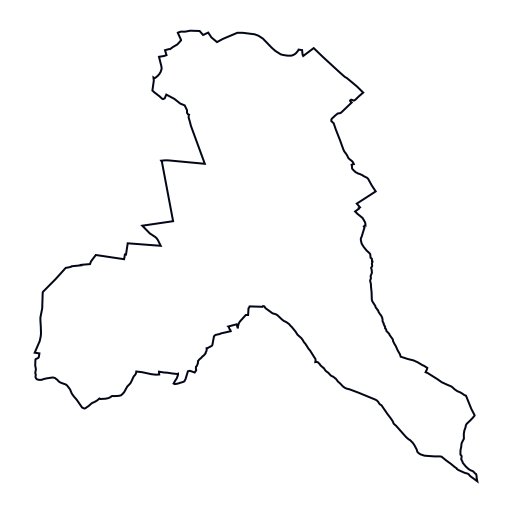 outline of Orastie, Hunedoara, Romania
{"feature_id": "2599482B74891814729027", "entity_name": "Orastie", "entity_type": "district", "adm_level": 2, "iso_a3": "ROU", "parent_name": "Romania", "parent_adm1": "Hunedoara", "projection": "equal_earth", "projection_center": [23.219, 45.843], "detail": "fine", "context": "isolated", "style": "outline", "palette": "ink", "viewbox_px": 512, "rotation_deg": 0, "n_neighbors": 0, "source": "geoboundaries", "source_scale": "gbopen_adm2", "svg_char_len": 5994}
<svg xmlns="http://www.w3.org/2000/svg" viewBox="0 0 512 512"><path d="M84.3,408.5L85.2,408.3L88.5,406.1L91.9,403.1L94.5,402.0L97.4,400.3L99.4,398.5L100.2,399.0L105.7,398.7L108.4,398.1L110.6,397.1L111.4,396.3L112.2,396.0L114.1,396.1L118.4,395.9L120.8,395.4L122.1,394.4L123.6,392.8L124.2,392.1L127.2,386.6L130.3,383.4L131.5,381.2L133.7,376.4L135.1,374.9L135.6,374.1L136.1,372.8L136.3,371.5L142.2,372.2L151.4,374.2L156.1,374.7L159.2,374.5L159.0,371.7L164.0,372.5L167.4,372.7L172.4,373.5L177.2,374.0L178.0,373.7L178.0,374.9L176.7,378.5L175.4,380.3L173.6,383.5L174.7,384.1L177.4,383.7L183.5,381.8L184.4,381.2L185.5,379.2L187.9,371.3L189.9,370.8L194.7,372.5L195.4,371.5L196.2,370.2L195.9,368.3L196.0,366.8L196.9,365.8L197.9,363.2L198.0,361.1L199.4,359.4L201.4,357.7L202.3,356.6L203.8,355.4L205.6,353.4L205.6,352.6L206.4,351.1L206.7,349.8L206.6,348.2L207.4,348.1L208.3,347.7L211.7,345.9L212.2,345.3L212.4,344.8L214.0,336.3L214.9,335.4L215.6,334.9L219.9,334.0L220.6,333.5L230.7,331.2L230.3,330.0L229.7,329.3L228.7,326.9L228.3,326.5L236.6,324.3L237.6,327.6L237.9,327.6L238.0,326.2L238.9,323.1L240.1,321.3L245.8,315.0L248.1,315.0L248.5,308.3L249.1,307.7L249.6,306.4L262.5,306.8L263.0,306.1L264.4,306.4L265.3,307.9L265.8,308.4L272.5,313.3L275.7,314.2L277.3,315.1L282.2,319.7L283.8,320.9L286.3,322.1L289.0,324.0L290.8,326.1L291.9,327.1L295.6,331.7L297.5,334.7L301.3,338.1L303.0,340.4L303.6,341.7L305.6,344.1L308.7,349.0L310.0,350.4L314.1,357.0L315.3,358.7L315.6,360.3L315.3,362.1L316.9,361.9L317.9,362.3L319.8,364.2L320.4,365.3L323.4,367.9L323.7,368.0L325.4,370.5L326.2,371.3L328.2,372.7L330.5,375.2L331.5,376.0L333.2,376.7L336.2,379.1L337.8,381.4L340.3,383.6L343.0,386.5L345.0,387.9L346.6,388.6L349.5,389.3L358.3,392.6L375.3,399.6L376.6,400.3L378.0,401.6L379.4,403.8L380.3,404.6L381.5,405.3L387.3,413.8L390.8,418.4L392.2,420.5L393.1,422.0L393.4,423.1L394.0,424.0L396.1,425.8L406.0,437.0L408.6,439.3L410.2,440.2L413.0,443.1L414.4,445.2L416.6,449.3L417.4,451.9L419.1,453.5L420.6,454.4L424.6,455.7L434.3,456.4L439.9,456.4L441.6,456.7L446.0,460.3L450.7,463.7L454.8,467.1L456.6,468.3L456.9,469.0L458.6,470.1L464.8,472.9L467.5,473.6L468.6,474.2L470.2,476.1L477.3,481.3L476.6,477.6L476.6,476.3L476.3,474.7L476.0,474.0L474.9,473.3L474.0,472.2L472.7,471.1L470.6,470.3L468.6,469.1L465.8,466.5L463.4,463.6L462.8,462.8L462.3,461.3L461.3,459.4L461.2,458.9L461.5,458.0L461.6,456.6L461.4,455.6L460.5,454.7L460.4,454.0L460.5,450.1L461.2,446.9L461.5,443.7L462.1,442.2L463.9,438.7L463.8,434.0L464.3,430.7L465.5,427.4L465.9,425.2L466.7,423.8L469.9,420.8L472.7,417.9L474.5,415.7L474.6,415.2L471.4,409.1L466.0,395.7L464.4,395.1L461.7,393.2L460.3,392.4L457.4,391.2L454.7,389.4L452.2,387.1L451.2,386.4L447.1,384.7L441.7,382.2L437.6,379.3L427.6,373.0L425.6,372.2L426.9,369.4L427.3,367.9L424.0,365.8L422.3,365.1L417.9,362.4L413.5,360.4L407.8,359.0L400.7,356.7L399.9,354.2L397.7,350.4L395.8,346.1L394.5,344.0L393.1,341.2L392.8,339.4L389.7,335.1L389.3,334.0L386.4,330.9L386.0,329.2L385.1,328.3L385.1,326.7L384.7,326.3L384.3,325.2L383.8,324.7L383.7,323.3L382.9,322.0L382.6,321.3L382.5,319.1L382.1,317.5L381.2,315.7L379.7,313.7L378.5,311.8L378.0,310.2L377.3,309.7L376.7,308.5L375.8,307.7L375.2,305.8L372.3,301.3L371.8,299.4L371.6,292.6L371.0,286.7L370.9,284.0L370.1,280.7L370.4,279.6L370.9,278.6L370.9,278.0L370.6,276.2L371.9,272.8L371.7,269.8L371.2,268.4L371.1,267.8L372.0,266.5L372.2,265.9L371.9,263.8L372.0,263.0L372.5,261.9L372.5,261.4L372.0,261.2L371.9,259.0L371.7,258.5L370.6,257.8L370.2,254.1L369.8,253.5L366.4,250.3L363.6,246.8L361.6,243.5L360.9,240.3L360.8,239.1L361.0,238.0L361.5,237.2L363.5,230.6L364.5,227.6L363.8,226.5L364.8,225.5L365.5,225.6L365.3,223.2L364.9,222.0L362.6,218.0L357.5,213.9L355.1,211.5L358.9,208.7L358.7,208.2L360.0,207.4L356.8,203.6L375.7,191.4L371.8,185.5L368.1,178.8L367.2,177.9L363.1,175.8L362.6,175.3L360.0,174.1L357.8,173.4L356.6,172.6L355.7,172.3L352.6,169.3L352.1,168.4L351.9,165.8L351.6,164.8L352.6,164.3L353.8,164.1L353.4,163.1L352.5,161.6L351.4,160.6L349.8,159.4L348.4,158.1L347.0,155.2L345.7,153.3L344.2,151.3L343.3,149.3L339.9,139.9L335.8,129.5L333.7,123.3L331.4,121.2L331.3,120.5L331.4,119.5L331.9,118.6L335.6,115.2L337.7,113.5L339.7,113.2L340.6,113.0L342.2,111.6L351.7,102.5L350.6,101.6L350.2,101.0L350.1,100.5L351.0,99.8L351.5,99.7L353.8,100.6L354.3,100.4L355.4,99.7L359.1,96.1L363.2,92.6L357.0,86.5L346.8,78.0L344.8,76.9L339.6,72.3L323.8,57.8L313.7,48.1L303.2,56.0L302.8,55.3L302.4,53.3L302.1,50.1L298.6,49.6L297.9,50.9L296.0,53.2L294.7,54.2L293.2,55.0L291.6,55.6L289.4,55.7L287.1,55.6L283.3,55.0L280.8,54.4L275.3,50.9L271.7,47.7L262.9,38.6L258.4,35.7L254.7,34.3L242.7,32.8L237.3,32.8L222.9,38.9L217.0,42.1L211.4,37.4L208.2,32.6L203.1,35.0L199.6,31.0L190.2,30.7L184.9,31.7L181.2,31.6L178.7,32.3L177.8,32.8L181.0,39.8L181.0,40.4L177.4,44.4L172.8,47.1L170.1,49.1L168.9,49.1L165.0,50.2L166.5,55.1L164.1,56.0L159.0,56.8L161.5,66.8L161.6,69.0L160.6,72.0L159.3,74.1L157.7,75.9L155.5,77.7L154.5,78.2L153.5,77.5L153.8,80.7L152.4,90.5L154.4,92.4L159.5,96.3L162.1,98.7L163.1,99.1L164.7,98.3L166.3,94.6L174.4,98.9L180.3,103.6L184.7,105.4L187.0,110.2L187.0,112.7L187.8,114.1L189.0,114.7L188.8,115.1L188.6,117.4L190.0,122.2L190.9,125.8L204.8,163.8L168.6,160.4L165.5,160.3L161.2,160.7L161.9,161.8L173.1,221.2L142.3,225.7L149.8,233.4L155.4,237.1L156.5,238.1L157.8,239.9L160.7,245.8L127.7,243.3L126.0,254.6L124.9,254.5L124.1,259.2L95.8,255.0L91.0,261.4L90.0,264.1L81.5,264.8L81.0,264.9L81.2,265.3L71.5,266.3L71.0,266.8L69.5,267.2L65.7,267.9L55.5,279.2L43.0,291.8L42.7,292.6L42.2,308.4L40.4,317.5L40.4,320.3L40.8,326.7L41.0,333.6L40.7,336.5L39.7,341.1L34.7,352.7L39.4,353.4L38.8,357.1L38.3,357.9L35.7,359.1L35.5,359.4L35.4,360.1L35.2,365.4L35.9,369.1L35.3,372.7L35.4,373.7L35.8,374.5L35.5,376.7L35.6,377.4L36.2,378.6L37.2,379.4L39.2,379.9L41.8,379.8L43.7,379.0L47.1,378.3L52.5,377.5L53.5,377.6L54.9,378.0L57.5,380.0L58.9,381.6L59.7,382.1L61.3,382.9L65.8,384.5L67.1,385.5L70.0,389.3L71.8,393.6L73.9,396.5L76.6,399.6L82.0,407.4L82.8,407.9L84.3,408.5Z" fill="none" stroke="#020617" stroke-width="2"/></svg>